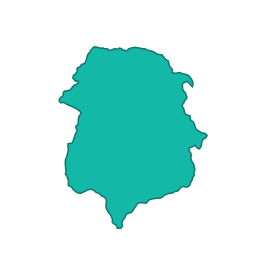 the district of Comercinho, Minas Gerais, Brazil, rotated 65°
{"feature_id": "56859067B55549255445639", "entity_name": "Comercinho", "entity_type": "district", "adm_level": 2, "iso_a3": "BRA", "parent_name": "Brazil", "parent_adm1": "Minas Gerais", "projection": "albers", "projection_center": [-41.766, -16.287], "detail": "fine", "context": "isolated", "style": "filled", "palette": "teal", "viewbox_px": 256, "rotation_deg": 65, "n_neighbors": 0, "source": "geoboundaries", "source_scale": "gbopen_adm2", "svg_char_len": 3450}
<svg xmlns="http://www.w3.org/2000/svg" viewBox="0 0 256 256"><g transform="rotate(65 128 128)"><path d="M168.3,59.5L165.5,60.4L164.4,62.1L163.2,63.4L161.4,64.7L159.3,66.0L157.4,66.8L155.6,66.7L153.3,66.3L151.1,66.2L149.4,66.5L147.7,67.8L145.3,67.5L143.3,66.7L141.8,68.1L140.1,70.0L138.1,70.3L136.0,69.6L133.4,69.4L131.1,69.8L129.7,68.5L128.9,66.9L127.5,65.4L126.3,63.1L125.2,61.6L123.6,61.6L122.0,61.3L120.2,61.2L118.3,61.9L115.5,62.0L113.2,60.9L111.5,60.6L110.8,59.0L110.5,56.8L110.8,54.7L112.2,54.0L114.5,53.3L117.7,52.3L116.2,50.8L113.9,50.0L111.9,49.7L109.4,50.1L107.6,50.4L105.7,51.2L103.7,53.0L102.6,54.8L101.3,56.2L99.8,57.4L99.0,59.0L98.9,61.0L97.4,63.6L95.8,64.8L94.5,63.3L92.9,63.2L91.0,63.9L88.6,64.2L86.5,63.6L84.1,63.2L81.9,64.8L79.5,65.6L76.3,66.1L75.2,67.9L74.2,69.2L72.7,70.8L70.6,72.0L68.7,73.5L67.1,75.7L65.1,78.0L63.1,79.3L62.5,81.2L61.1,82.8L59.9,84.4L59.0,86.0L58.0,87.3L57.6,88.9L56.8,91.2L56.6,94.2L57.7,96.3L56.3,98.0L55.0,99.7L53.1,100.6L51.9,102.1L52.2,104.4L50.8,105.8L50.3,107.9L50.5,110.6L49.0,112.5L47.3,113.3L46.5,115.5L44.8,117.1L43.9,119.5L42.3,121.1L41.2,122.6L40.2,124.2L40.5,126.1L41.6,128.1L42.8,130.2L43.9,132.4L44.9,134.0L46.8,135.4L48.6,137.0L49.6,138.2L51.1,139.7L51.0,141.3L50.8,143.4L52.3,145.2L52.0,147.9L53.2,149.6L55.3,149.9L56.0,151.3L56.9,153.3L57.6,155.7L59.6,156.9L61.6,156.3L63.4,155.9L63.7,154.1L65.1,153.3L66.1,154.6L66.7,156.8L66.5,159.0L67.2,160.6L68.1,162.3L69.0,164.3L68.7,166.9L67.9,169.2L68.1,171.2L69.3,172.2L70.9,172.8L71.7,174.2L71.9,176.4L73.3,178.4L75.2,179.0L76.8,178.3L77.4,176.2L78.4,174.8L80.2,173.8L81.9,172.5L83.7,170.7L85.6,169.1L87.2,167.9L88.6,166.6L90.4,165.7L92.2,164.6L94.4,164.1L95.8,165.9L97.0,167.8L98.7,169.1L100.4,170.0L102.3,170.9L103.6,172.0L104.5,174.7L106.8,175.2L108.9,175.0L110.0,176.7L111.0,178.0L112.2,179.2L113.5,180.3L114.9,181.8L116.9,183.4L118.1,185.2L117.6,186.9L116.8,188.8L118.5,190.0L120.6,190.6L122.6,191.3L124.6,192.9L127.0,194.7L128.7,196.3L130.1,197.9L132.1,199.1L134.2,200.1L136.3,200.8L138.1,201.6L140.5,202.2L142.0,203.2L143.4,204.3L145.0,203.8L147.3,203.9L149.3,204.0L151.4,204.6L153.3,205.7L155.0,206.3L156.9,204.7L158.3,203.9L160.0,203.8L162.0,203.0L163.9,202.2L165.9,200.6L167.2,198.6L167.2,196.2L167.3,193.5L167.1,191.2L167.3,189.3L167.9,187.4L168.9,186.2L170.4,185.1L173.0,184.1L174.7,182.1L176.6,181.3L178.8,180.5L180.4,178.7L183.2,178.0L185.2,178.4L186.7,179.4L188.7,180.7L191.3,181.6L193.2,181.6L195.3,181.5L197.3,181.1L199.0,180.7L200.7,180.6L202.9,180.5L205.0,181.1L206.8,182.1L208.7,181.4L210.8,179.9L212.5,179.6L214.3,180.1L215.2,178.4L215.8,176.3L214.1,174.2L212.1,174.0L210.1,172.5L208.6,170.1L208.0,168.5L206.5,167.4L205.2,165.5L205.5,163.4L205.9,161.2L205.5,159.4L204.4,157.7L203.2,155.7L201.9,153.4L200.8,152.1L200.3,150.5L200.8,148.8L201.5,146.9L202.9,144.9L203.8,143.0L202.4,140.5L202.1,138.3L202.5,136.6L202.8,134.9L203.5,132.6L204.3,130.4L205.2,128.2L205.0,125.3L204.2,123.4L204.4,120.7L204.5,118.8L205.5,116.3L205.7,114.0L205.4,112.1L206.1,110.2L205.7,108.5L204.7,106.5L204.1,104.3L204.5,102.2L206.1,100.5L206.5,98.3L206.1,96.4L203.9,94.2L202.7,92.4L201.2,91.1L199.9,89.7L198.9,87.9L196.7,87.4L195.3,86.2L194.0,85.0L192.2,84.5L190.5,84.2L188.3,83.7L185.4,84.3L183.2,84.1L181.6,83.7L179.6,82.3L177.4,81.7L174.5,82.1L172.3,81.5L172.2,79.5L172.2,76.8L171.9,74.6L173.7,74.2L175.5,73.6L177.0,72.5L176.2,70.3L174.5,68.6L172.0,67.2L170.2,65.4L169.7,61.6L168.3,59.5Z" fill="#14b8a6" stroke="#0f766e" stroke-width="1.5"/></g></svg>